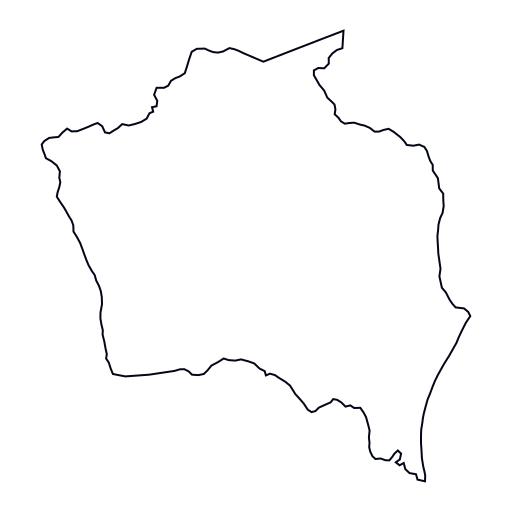 outline of Presidente Kennedy, Espírito Santo, Brazil
{"feature_id": "56859067B59803678983356", "entity_name": "Presidente Kennedy", "entity_type": "district", "adm_level": 2, "iso_a3": "BRA", "parent_name": "Brazil", "parent_adm1": "Espírito Santo", "projection": "mercator", "projection_center": [-41.068, -21.151], "detail": "fine", "context": "isolated", "style": "outline", "palette": "ink", "viewbox_px": 512, "rotation_deg": 0, "n_neighbors": 0, "source": "geoboundaries", "source_scale": "gbopen_adm2", "svg_char_len": 3142}
<svg xmlns="http://www.w3.org/2000/svg" viewBox="0 0 512 512"><path d="M97.6,123.0L93.7,124.4L88.6,126.7L83.4,128.8L77.3,131.2L71.6,131.4L67.1,128.6L62.4,132.6L58.4,137.0L54.4,137.3L49.2,137.9L44.2,141.1L41.7,144.5L42.7,149.5L44.4,153.8L45.9,158.2L51.4,161.2L56.8,165.5L59.9,171.3L59.3,177.6L60.3,182.3L59.3,187.1L57.6,192.3L56.8,196.7L60.4,202.3L64.1,207.7L67.0,212.8L69.1,216.6L71.5,220.4L73.3,225.3L73.5,231.6L76.8,236.8L80.1,242.9L82.5,249.3L84.3,254.4L86.3,259.8L88.6,265.3L91.6,270.6L94.7,275.1L96.2,280.5L99.0,285.9L100.8,291.1L101.8,297.2L102.0,304.2L100.5,312.4L100.4,318.5L101.4,324.4L102.8,330.3L102.6,334.7L104.3,341.5L105.5,348.3L106.8,354.2L106.1,358.5L108.8,362.6L110.7,368.6L112.9,374.0L120.0,375.4L125.4,376.4L149.0,374.7L174.5,370.9L179.9,369.3L184.3,369.2L188.7,371.4L192.0,374.7L198.4,375.1L203.8,374.0L207.5,370.4L211.4,365.6L218.2,362.0L223.7,358.5L228.6,360.1L235.3,360.6L241.0,359.4L248.2,361.3L254.2,363.4L259.6,368.6L264.7,371.1L265.9,375.4L270.0,373.7L275.0,375.1L278.7,377.7L285.5,381.9L290.1,385.7L295.4,394.2L299.3,398.4L303.7,403.5L307.8,409.7L311.5,412.1L315.4,411.1L318.9,407.6L325.5,404.6L330.6,402.4L333.2,399.1L337.1,399.8L341.3,402.4L345.5,406.6L350.3,405.4L354.2,408.0L360.3,407.8L363.5,412.4L366.0,417.0L368.2,424.9L369.6,430.6L368.9,437.3L369.5,442.8L369.2,447.3L370.2,451.5L372.4,456.2L375.5,459.0L380.7,458.5L385.3,460.2L389.3,460.4L392.1,457.1L394.5,453.6L397.8,450.5L401.1,453.6L399.8,459.5L395.8,462.3L399.6,465.3L403.7,463.0L405.3,469.1L409.5,473.1L416.0,474.2L417.5,479.6L425.0,481.3L425.2,475.4L424.3,470.9L423.2,466.3L421.9,458.1L421.5,450.5L421.0,443.0L421.0,436.0L421.2,429.8L422.3,423.0L423.0,417.5L423.9,413.2L425.8,405.9L427.6,399.5L430.0,393.7L432.6,386.7L435.0,380.8L437.9,374.9L440.7,369.9L443.4,365.0L446.1,360.6L449.2,355.7L452.8,349.3L456.5,342.8L458.7,337.3L460.8,332.9L463.0,328.4L465.9,322.7L470.3,316.1L468.2,311.9L464.0,308.4L455.6,307.4L452.4,303.8L449.7,299.9L445.8,292.3L441.9,287.8L439.4,276.4L440.5,268.7L438.3,253.5L438.1,249.1L437.7,242.5L437.4,236.1L438.1,230.0L438.5,224.6L440.1,218.2L442.6,212.8L443.7,206.1L443.3,200.4L443.2,193.6L439.2,188.4L437.9,178.2L432.8,170.6L432.7,164.9L430.2,160.8L428.7,156.8L426.9,150.9L424.3,146.9L419.1,144.6L413.4,145.7L406.8,145.0L404.3,141.3L400.2,137.0L393.7,131.9L388.6,128.8L383.3,130.0L379.0,131.6L374.6,131.6L369.8,127.9L364.6,125.6L360.1,124.6L354.2,122.7L349.2,123.0L344.8,123.7L340.9,121.3L338.5,117.8L334.7,114.3L335.4,109.3L334.5,104.5L331.6,101.6L327.3,97.6L324.2,90.6L319.4,84.9L316.8,80.3L313.9,75.3L313.9,70.4L318.3,68.0L324.2,68.3L328.8,63.6L328.7,58.0L332.3,53.5L336.9,50.0L342.4,48.2L343.5,30.7L321.8,39.0L284.1,53.6L268.7,59.6L263.4,61.7L243.7,53.3L238.4,50.7L234.0,49.1L229.4,48.1L223.0,51.5L218.0,52.6L213.2,52.1L208.8,50.5L204.8,48.6L196.8,48.8L191.7,51.8L189.2,59.1L186.9,66.7L184.8,73.2L179.7,76.5L175.2,78.2L171.0,80.8L168.2,85.7L164.0,87.8L156.6,87.8L154.1,94.8L157.3,100.9L156.5,106.3L152.0,107.2L153.2,111.7L149.5,113.2L146.7,118.6L141.1,122.0L134.6,124.1L128.7,125.5L122.2,124.1L117.9,128.1L114.1,130.3L109.4,133.3L105.0,132.4L102.2,126.2L97.6,123.0Z" fill="none" stroke="#020617" stroke-width="2"/></svg>